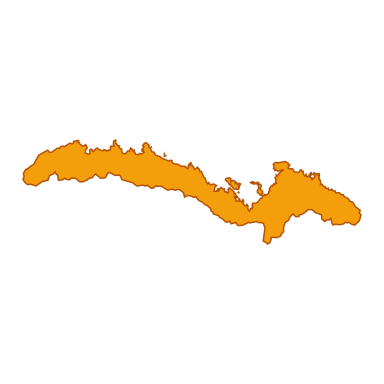 Gorontalo Utara, Gorontalo, Indonesia (Robinson projection)
{"feature_id": "22746128B78667545948550", "entity_name": "Gorontalo Utara", "entity_type": "district", "adm_level": 2, "iso_a3": "IDN", "parent_name": "Indonesia", "parent_adm1": "Gorontalo", "projection": "robinson", "projection_center": [122.789, 0.865], "detail": "fine", "context": "isolated", "style": "filled", "palette": "amber", "viewbox_px": 384, "rotation_deg": 0, "n_neighbors": 0, "source": "geoboundaries", "source_scale": "gbopen_adm2", "svg_char_len": 6054}
<svg xmlns="http://www.w3.org/2000/svg" viewBox="0 0 384 384"><path d="M92.5,177.5L94.4,174.8L95.6,174.1L100.7,178.2L104.9,177.9L106.1,176.7L107.5,173.3L109.6,172.5L115.1,175.4L119.5,175.1L120.8,176.8L121.8,179.6L132.5,182.7L137.1,186.1L142.4,185.1L145.7,186.1L147.0,185.2L151.5,188.3L153.0,188.2L155.5,186.1L161.4,186.3L167.8,190.2L172.3,189.1L174.8,190.2L178.1,189.5L180.0,189.9L183.5,192.7L184.5,197.1L186.9,195.8L190.0,195.7L193.5,197.3L196.3,196.9L197.5,199.3L199.6,201.0L202.3,202.1L204.5,204.4L206.6,205.1L210.5,208.4L211.2,211.2L212.7,211.5L213.2,213.8L218.7,215.8L219.9,217.7L222.4,218.7L225.3,221.7L227.6,222.2L229.7,221.2L231.1,223.8L235.8,222.5L237.3,225.0L238.4,225.6L242.4,225.4L248.6,222.4L249.5,222.9L256.9,221.6L258.3,222.6L261.4,222.6L263.5,223.6L265.0,227.9L263.2,241.1L266.4,242.7L267.4,244.0L269.8,242.8L271.1,239.4L271.2,237.2L276.8,237.6L280.6,236.1L281.2,234.1L283.6,231.8L283.6,227.1L285.3,222.4L288.5,220.4L290.0,216.9L292.9,214.0L295.9,216.8L299.0,216.5L299.3,214.7L300.9,214.7L303.8,213.2L308.4,209.6L311.4,209.6L313.0,210.3L315.1,212.5L321.4,214.8L322.0,219.5L323.4,220.0L324.3,221.6L326.9,220.0L329.0,219.9L331.0,218.4L332.0,223.6L333.1,225.1L335.1,224.2L339.7,224.7L343.5,223.9L345.2,222.3L347.4,222.8L348.7,222.3L352.0,224.4L354.9,225.0L359.4,220.7L361.0,214.9L359.2,212.9L360.2,210.4L355.3,206.5L352.9,202.2L349.8,201.2L348.3,198.6L344.2,196.5L343.2,194.6L341.4,194.8L339.5,192.8L335.9,192.9L335.2,191.0L332.9,190.6L332.0,189.3L331.4,189.3L331.1,190.1L328.9,190.2L328.4,188.2L326.6,188.7L326.3,188.0L325.1,187.8L325.2,186.7L323.3,186.3L322.4,184.5L320.8,184.7L321.3,184.1L320.2,182.0L320.5,180.6L318.8,179.3L319.5,178.8L318.8,177.2L319.4,175.9L318.2,175.5L319.2,174.9L319.2,173.8L315.3,173.6L313.9,172.7L313.0,174.3L315.0,175.5L314.8,176.7L314.1,178.0L312.7,178.3L312.4,179.7L311.9,179.7L311.1,177.5L310.1,176.9L310.4,175.6L311.5,174.8L311.4,172.8L310.1,173.3L310.0,174.3L309.0,175.0L308.8,176.6L306.7,176.7L306.1,174.4L305.2,175.8L304.4,175.9L303.1,172.7L303.2,171.5L302.3,171.8L301.5,169.9L300.1,170.1L299.9,171.4L298.4,172.4L294.4,171.9L292.4,168.6L289.5,168.9L287.9,167.9L289.8,165.0L288.3,164.5L288.5,163.5L285.5,161.5L277.5,162.9L275.3,162.4L273.2,164.4L274.3,166.3L273.5,168.3L274.3,169.5L275.0,169.4L275.1,170.5L276.1,170.0L277.8,171.1L282.8,169.7L283.1,170.4L280.1,172.2L278.0,174.8L277.8,175.8L276.2,174.9L276.4,176.4L275.0,177.8L276.1,179.8L275.6,181.1L276.4,183.2L275.1,183.2L274.8,184.6L273.6,184.0L273.3,185.0L272.3,185.2L272.2,186.4L271.1,186.1L269.2,189.1L270.1,190.0L269.9,191.0L268.8,191.3L268.7,193.2L266.3,195.0L264.7,194.5L265.1,195.3L264.5,195.7L262.5,195.2L262.2,197.9L260.3,198.6L257.8,202.1L255.5,203.4L252.8,203.1L252.1,204.9L252.8,207.0L251.9,207.5L252.2,208.6L250.4,208.7L249.5,211.1L248.4,210.4L247.7,208.1L248.1,206.3L247.1,204.7L246.6,204.3L246.3,205.7L245.3,205.9L243.2,204.1L243.7,201.4L243.0,199.6L242.3,200.2L242.9,201.6L241.6,202.0L240.3,201.3L239.5,198.8L238.8,199.0L239.3,201.0L236.0,201.0L235.9,199.5L234.1,196.6L234.9,196.4L237.1,197.9L237.9,197.3L235.4,194.4L235.5,193.4L233.9,193.6L234.0,192.0L230.1,188.1L229.3,187.8L229.1,188.8L228.0,189.4L228.7,192.1L228.1,193.0L227.3,192.9L226.4,191.6L225.3,192.2L224.2,190.5L224.5,189.0L223.3,189.1L221.1,187.4L219.9,188.8L219.2,188.7L219.1,190.4L218.3,191.0L217.7,189.2L216.4,191.4L214.1,191.3L214.8,187.2L216.6,185.6L213.7,184.0L210.3,184.9L208.7,182.5L207.6,183.6L206.1,181.7L205.3,178.2L204.0,177.5L201.3,171.4L199.7,171.6L199.4,169.2L198.1,168.5L197.5,167.2L194.9,169.4L192.2,165.3L190.3,165.5L190.1,164.8L191.4,163.3L190.9,162.7L188.4,164.9L188.4,168.2L187.1,168.6L186.4,167.2L185.2,167.1L185.0,166.3L181.1,166.2L178.0,164.3L174.1,163.8L171.9,162.2L172.0,160.5L169.6,160.4L169.5,161.0L168.6,161.0L161.5,158.0L159.9,156.5L156.5,155.6L155.2,154.8L154.2,152.2L152.1,152.0L150.6,149.0L151.0,147.2L150.3,147.7L148.6,147.1L149.1,145.2L145.9,142.6L144.3,143.4L142.6,145.7L144.0,146.8L142.8,148.3L144.0,152.4L140.7,154.1L139.9,153.3L138.0,154.6L135.9,154.3L135.1,153.8L135.0,152.4L133.9,151.8L134.2,150.3L133.0,151.0L132.5,149.5L130.6,148.0L129.5,151.1L127.9,150.9L125.4,153.8L122.9,153.5L121.5,150.5L121.7,149.1L119.2,147.8L119.5,146.0L117.8,145.5L115.5,142.8L115.9,140.3L115.4,140.0L113.6,141.1L113.4,144.4L114.1,145.8L113.2,146.4L111.0,146.1L110.2,147.2L110.7,148.0L110.1,150.3L108.6,149.9L106.5,151.3L105.9,150.2L103.9,149.6L103.6,150.6L102.0,150.7L98.2,149.1L97.8,148.2L96.1,148.4L93.5,151.6L92.7,151.1L92.2,149.7L90.8,149.1L89.6,150.2L89.8,153.8L88.1,154.2L85.4,153.1L85.6,149.7L87.3,147.9L85.7,144.6L83.3,146.3L80.4,144.5L78.5,141.9L78.1,142.1L78.7,140.7L77.1,140.4L76.3,141.1L73.6,141.3L73.5,143.1L72.2,143.8L69.7,143.2L64.6,146.6L63.3,146.1L60.5,146.6L59.8,148.4L57.2,148.2L51.9,152.1L49.7,152.5L47.7,150.2L38.7,155.2L33.7,164.4L30.3,166.3L27.7,168.9L26.0,169.2L24.6,171.2L23.3,173.8L24.1,176.2L23.0,179.5L25.1,182.6L27.5,184.6L30.6,184.2L36.0,185.9L42.8,181.3L44.6,181.3L46.1,180.2L47.8,180.5L49.6,175.5L53.2,174.1L55.2,171.8L56.2,174.3L57.7,175.3L58.3,180.1L62.2,180.0L65.0,178.1L65.7,179.2L69.3,179.9L72.1,177.7L73.4,178.4L75.6,178.3L79.7,181.8L82.4,181.9L86.8,180.2L88.5,178.7L92.5,177.5ZM229.4,177.7L226.0,178.5L225.4,180.0L228.4,182.6L229.4,184.7L230.5,184.2L231.0,185.9L232.7,187.0L233.4,188.8L234.6,189.3L236.2,188.4L236.8,189.4L238.6,189.2L239.2,187.5L238.5,186.6L239.2,186.4L238.8,185.5L240.0,185.3L240.4,183.9L239.6,184.1L238.9,183.2L237.4,184.3L236.3,183.8L236.5,182.6L235.9,182.1L235.2,183.0L235.0,181.3L233.7,180.6L232.0,180.6L231.1,181.8L230.3,179.4L230.8,178.8L229.4,177.7ZM252.0,181.8L250.6,182.6L251.6,183.4L252.9,183.2L253.4,184.1L256.4,183.6L258.0,184.7L258.9,188.1L257.4,190.4L257.3,192.2L260.8,195.4L261.9,195.2L261.5,194.9L262.1,193.2L262.6,193.2L262.6,191.2L260.3,189.4L261.3,185.6L260.8,184.5L259.4,184.5L258.6,182.6L257.1,182.4L255.1,183.5L254.0,182.0L252.0,181.8ZM166.3,156.1L165.0,155.4L164.4,154.1L164.2,156.0L166.3,156.1ZM142.0,149.8L141.9,151.0L142.8,151.2L142.8,150.5L142.0,149.8ZM238.7,192.0L238.2,192.3L239.4,193.3L239.0,192.9L238.7,192.0Z" fill="#f59e0b" stroke="#b45309" stroke-width="1.5"/></svg>